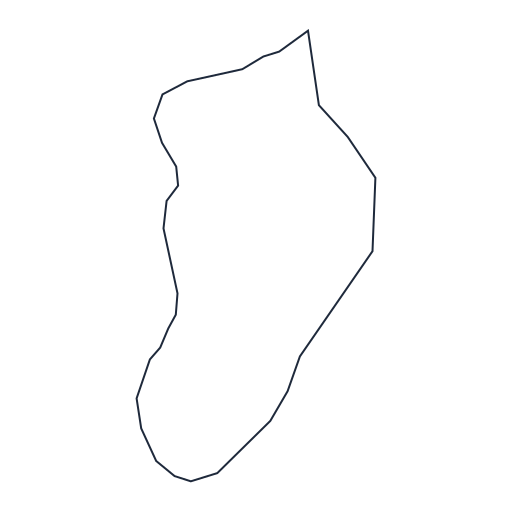 the border of Putrajaya
{"feature_id": "MYS-4832", "entity_name": "Putrajaya", "entity_type": "Federal Territory", "adm_level": 1, "iso_a3": "MYS", "parent_name": "Malaysia", "parent_adm1": "", "projection": "robinson", "projection_center": [101.69, 2.928], "detail": "fine", "context": "isolated", "style": "outline", "palette": "slate", "viewbox_px": 512, "rotation_deg": 0, "n_neighbors": 0, "source": "natural_earth", "source_scale": "10m", "svg_char_len": 492}
<svg xmlns="http://www.w3.org/2000/svg" viewBox="0 0 512 512"><path d="M308.0,30.7L318.9,105.2L347.7,136.9L375.4,177.8L372.5,251.2L299.9,356.4L287.6,391.2L270.3,420.9L217.3,473.1L190.8,481.3L174.6,476.1L156.2,461.0L141.2,428.4L136.6,398.4L149.9,359.4L160.2,347.6L168.3,328.4L175.8,314.7L177.5,293.4L163.5,228.4L166.6,200.9L178.1,185.6L176.2,166.6L162.0,142.8L153.9,118.5L162.5,94.4L187.3,81.3L242.3,69.2L263.4,56.5L279.2,51.6L308.0,30.7Z" fill="none" stroke="#1e293b" stroke-width="2"/></svg>